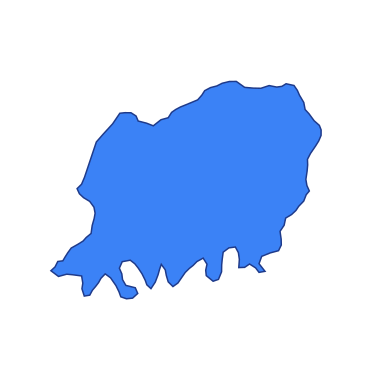 outline of Benjamin Constant do Sul, Rio Grande do Sul, Brazil, rotated 293°
{"feature_id": "56859067B73430891093496", "entity_name": "Benjamin Constant do Sul", "entity_type": "district", "adm_level": 2, "iso_a3": "BRA", "parent_name": "Brazil", "parent_adm1": "Rio Grande do Sul", "projection": "robinson", "projection_center": [-52.659, -27.484], "detail": "fine", "context": "isolated", "style": "filled", "palette": "blue", "viewbox_px": 384, "rotation_deg": 293, "n_neighbors": 0, "source": "geoboundaries", "source_scale": "gbopen_adm2", "svg_char_len": 1966}
<svg xmlns="http://www.w3.org/2000/svg" viewBox="0 0 384 384"><g transform="rotate(293 192 192)"><path d="M236.3,94.8L223.7,92.3L211.3,87.9L200.7,84.4L163.6,87.3L156.0,87.3L150.2,84.9L146.4,89.0L144.4,94.4L143.4,101.5L139.7,107.7L134.6,111.1L129.4,112.3L122.2,113.2L114.4,115.3L108.8,112.4L104.3,110.9L99.3,107.4L93.2,102.7L87.6,101.4L82.8,100.6L78.2,100.0L75.6,95.6L69.5,95.2L64.4,92.9L62.1,102.1L67.4,108.8L69.2,114.5L71.6,123.2L65.4,127.1L59.9,128.5L54.1,133.5L57.1,138.2L62.6,138.7L67.4,140.2L72.1,141.4L77.0,141.9L82.7,144.1L81.2,150.5L76.1,158.6L71.6,163.8L67.7,167.4L68.1,173.4L71.1,178.8L77.4,181.7L81.7,177.2L80.2,167.6L84.2,162.3L89.2,159.4L93.5,154.9L100.6,155.0L105.1,161.8L103.6,167.4L101.1,172.0L97.2,177.9L92.5,183.4L88.9,186.7L87.0,192.0L94.7,193.4L102.5,193.1L108.6,192.3L113.4,192.0L109.9,197.8L105.1,201.0L100.0,205.2L97.5,211.4L102.7,214.6L108.6,215.8L115.3,217.2L120.6,219.4L124.8,221.7L129.9,223.7L135.5,228.1L131.4,234.0L125.3,235.2L120.6,237.8L118.1,246.3L121.9,250.5L130.1,250.4L136.5,247.8L141.9,246.1L148.8,244.2L155.0,247.8L158.3,253.4L154.3,258.4L148.5,261.9L140.7,264.6L143.2,269.9L148.2,273.1L147.0,280.2L144.2,285.1L147.5,290.2L152.2,281.7L160.0,281.3L166.5,287.8L171.8,294.6L178.1,294.9L183.4,292.5L190.2,288.4L197.4,289.8L204.6,288.4L210.2,292.5L215.7,294.9L220.5,295.8L227.3,298.4L234.1,298.2L238.8,299.6L242.9,295.2L248.1,291.9L256.2,289.8L262.1,287.9L267.2,285.5L273.8,286.0L282.8,287.8L288.5,288.7L294.5,288.7L299.6,286.6L303.1,283.2L305.3,276.6L309.8,269.0L312.1,263.9L318.1,259.9L323.1,253.1L326.7,249.3L329.9,244.3L328.4,236.3L324.4,233.5L321.7,229.0L320.1,221.4L314.4,214.9L311.6,207.9L308.9,199.6L311.1,189.6L308.3,183.2L303.9,177.3L299.3,173.4L295.3,168.2L290.3,164.1L285.0,163.2L279.0,161.2L275.2,157.5L270.0,152.4L265.7,148.1L261.5,144.7L257.3,142.1L251.1,141.1L246.4,135.2L237.8,130.5L237.6,123.3L236.3,114.7L240.1,110.8L241.1,104.9L238.8,99.3L236.3,94.8Z" fill="#3b82f6" stroke="#1e3a8a" stroke-width="1.5"/></g></svg>